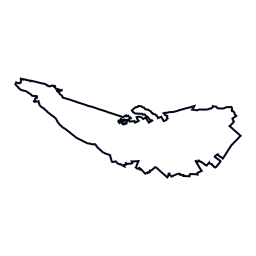 Cotnari, Iasi, Romania (Natural Earth projection)
{"feature_id": "2599482B18683824737313", "entity_name": "Cotnari", "entity_type": "district", "adm_level": 2, "iso_a3": "ROU", "parent_name": "Romania", "parent_adm1": "Iasi", "projection": "natural_earth1", "projection_center": [26.928, 47.355], "detail": "fine", "context": "isolated", "style": "outline", "palette": "ink", "viewbox_px": 256, "rotation_deg": 0, "n_neighbors": 0, "source": "geoboundaries", "source_scale": "gbopen_adm2", "svg_char_len": 5849}
<svg xmlns="http://www.w3.org/2000/svg" viewBox="0 0 256 256"><path d="M61.7,90.4L61.7,90.1L60.9,90.4L60.6,90.4L59.2,89.5L57.4,89.1L56.6,89.6L55.3,87.7L54.4,87.0L55.1,86.4L55.1,86.1L54.5,85.9L53.0,85.7L52.5,85.5L52.1,85.7L51.9,85.6L51.4,85.9L50.9,85.8L50.6,86.1L50.4,86.1L49.7,86.4L48.7,86.2L48.4,86.0L48.0,86.0L47.9,85.6L47.2,85.1L46.5,85.2L45.8,84.4L45.0,83.9L42.4,83.5L35.7,81.8L30.7,80.7L30.3,81.1L30.1,80.7L29.7,80.6L26.6,80.0L25.8,79.5L25.4,79.7L24.3,79.4L23.6,79.6L23.3,79.2L21.5,78.9L20.8,78.6L20.7,78.9L21.2,79.7L21.3,80.4L21.0,80.9L20.7,81.7L20.7,82.1L20.8,82.6L20.6,82.8L19.6,83.2L19.0,83.3L16.2,82.4L15.4,84.3L16.2,85.3L16.8,85.9L18.4,87.5L18.8,88.1L20.4,89.6L21.1,89.9L21.5,89.9L22.4,90.4L25.5,91.0L28.2,92.6L28.6,93.1L29.8,93.5L31.0,94.6L31.2,94.9L32.2,95.8L35.5,96.1L36.0,96.0L36.8,96.2L37.0,97.6L36.8,98.0L36.1,97.8L35.4,98.3L35.1,98.8L35.2,99.3L35.0,99.6L35.1,100.3L34.2,100.9L34.5,101.3L34.1,101.6L34.4,101.9L36.4,101.5L37.2,101.6L38.5,101.1L38.9,103.1L39.3,103.8L39.3,104.6L39.8,105.4L40.9,106.5L42.6,107.8L43.6,108.1L44.5,109.3L46.7,111.0L47.2,111.7L48.0,112.5L48.4,112.7L52.2,115.8L52.9,116.0L55.8,118.5L57.0,120.5L57.4,121.7L60.2,125.2L61.2,125.8L62.5,127.3L65.1,128.8L75.9,137.3L76.6,137.9L87.4,143.3L90.1,143.7L92.7,144.4L93.3,144.4L94.1,144.1L94.8,144.1L95.6,145.0L96.4,145.5L96.6,145.8L96.5,146.2L98.0,148.0L98.9,148.5L100.1,149.9L101.3,150.6L101.7,151.3L102.7,152.2L103.8,152.6L105.0,153.4L108.1,154.4L109.7,155.1L110.1,155.2L110.0,155.7L110.5,156.7L110.4,157.0L111.3,159.7L111.3,160.2L111.9,161.6L112.1,161.9L112.6,162.0L115.8,161.4L117.4,163.3L117.8,163.3L119.8,164.4L120.8,164.2L121.2,164.7L124.5,166.5L124.2,165.0L126.0,164.6L125.7,163.1L125.9,163.0L126.2,164.2L127.6,163.8L128.6,163.8L130.0,163.6L130.6,163.8L131.1,163.5L131.9,163.4L132.4,163.0L131.7,161.4L133.8,161.4L138.5,161.1L136.8,165.0L136.4,166.3L136.4,166.7L136.2,167.1L135.8,167.4L136.9,168.5L137.7,168.8L138.0,168.7L139.5,167.9L139.7,168.2L139.5,168.9L139.8,169.5L140.5,169.7L141.1,169.3L145.2,173.7L147.3,172.5L147.6,173.0L148.0,172.7L148.1,172.8L149.4,172.3L149.2,172.0L149.8,170.8L150.1,171.1L151.7,170.1L155.3,167.1L157.0,168.2L161.3,172.1L164.0,174.5L164.8,175.0L167.2,177.4L167.9,176.6L168.1,176.1L168.6,173.6L169.4,173.6L169.1,174.8L170.2,175.1L171.5,176.6L174.8,175.0L176.9,174.2L178.9,173.7L179.7,173.8L180.1,174.0L180.1,174.8L183.4,175.0L183.3,176.0L187.2,176.2L189.5,176.3L189.7,174.4L190.2,174.1L194.7,174.1L197.6,174.6L197.5,172.8L201.7,170.9L199.7,167.9L195.7,161.1L196.1,160.9L196.8,161.6L197.7,161.8L198.5,161.4L198.4,160.6L199.1,160.6L200.5,161.8L200.9,162.0L201.2,161.9L202.4,162.5L203.1,163.4L204.2,163.9L204.9,164.7L206.6,165.5L208.9,162.9L208.9,163.1L209.2,163.3L209.8,163.3L210.4,163.6L210.7,163.9L211.8,164.1L212.1,165.1L213.3,165.7L213.9,166.8L214.4,167.0L215.0,167.4L215.4,167.5L215.8,167.1L216.2,166.9L217.9,164.7L218.3,164.5L220.5,161.4L220.5,161.2L220.1,160.8L214.8,156.9L214.8,156.6L215.0,156.2L215.8,155.5L216.2,155.4L216.9,154.8L217.0,154.6L217.8,154.3L218.1,155.1L218.9,155.5L219.4,156.2L220.2,156.8L220.8,156.9L222.0,157.8L222.4,158.3L222.7,158.6L224.4,156.2L231.2,145.5L240.6,135.8L229.6,126.1L230.5,125.5L230.8,125.0L232.8,123.0L233.3,122.2L233.9,121.7L232.8,119.6L232.4,118.6L236.3,115.9L235.6,115.2L235.3,115.1L235.0,114.5L234.7,114.3L234.6,113.9L234.5,113.2L234.1,112.2L233.6,111.7L232.8,111.3L232.5,110.5L232.3,110.3L231.8,110.6L231.7,109.7L232.0,108.8L232.0,108.0L231.5,107.1L231.1,106.9L230.7,106.9L229.9,107.2L226.6,107.1L223.5,108.5L218.6,108.4L217.4,108.2L217.0,107.5L215.9,106.5L215.0,106.7L212.9,106.1L212.9,107.0L212.7,107.3L211.6,108.0L211.3,108.4L210.6,108.6L210.0,108.5L209.9,108.7L207.2,109.5L203.8,109.6L199.0,109.5L197.3,110.3L192.1,109.6L192.6,108.8L193.9,107.1L194.4,106.0L189.4,107.5L186.4,108.2L180.0,110.0L179.6,110.0L178.0,110.7L173.3,112.0L169.5,112.1L166.7,112.8L165.1,112.8L163.8,113.2L164.5,113.7L164.7,114.7L166.0,115.5L167.2,115.8L167.3,117.0L167.2,117.4L167.1,117.6L167.5,118.2L167.6,118.5L166.5,119.2L166.3,120.1L163.7,121.1L161.2,116.8L158.0,118.1L157.9,117.3L157.5,116.7L156.8,116.2L156.6,115.4L155.0,114.4L153.0,113.9L152.2,113.2L152.4,113.1L151.6,112.5L150.7,111.3L150.4,111.3L148.2,109.7L147.6,109.5L146.4,109.6L145.5,109.2L144.9,108.8L144.2,107.7L142.1,107.1L141.7,106.5L140.5,106.1L138.3,106.0L138.0,106.7L136.8,107.2L136.6,107.1L135.7,107.1L134.2,108.4L133.5,108.9L132.0,110.2L131.9,110.5L132.8,111.8L135.1,113.5L142.0,113.8L142.3,113.9L143.0,114.7L144.6,114.4L146.0,115.9L146.6,116.8L147.1,116.5L147.8,117.1L150.8,120.9L151.8,120.2L152.2,120.6L148.9,122.6L146.3,118.7L145.4,117.7L143.1,119.0L142.3,118.0L140.8,117.0L140.0,116.8L139.7,116.9L139.1,116.7L138.0,116.7L136.8,117.1L137.0,117.3L137.6,117.2L137.0,117.8L137.0,118.3L137.4,119.1L137.6,119.7L138.7,120.8L135.2,122.7L134.8,122.1L134.5,121.1L133.3,121.5L132.3,121.2L129.6,121.6L128.7,120.2L128.3,120.3L127.4,120.6L127.0,121.1L126.7,122.1L126.6,122.9L126.3,122.9L126.3,123.4L125.1,123.2L124.7,123.3L124.8,124.2L123.3,124.4L123.1,124.2L122.5,124.0L121.9,123.2L122.4,122.8L122.1,122.6L121.7,122.7L121.2,122.5L120.9,122.2L120.5,122.1L119.9,122.4L119.4,123.0L118.4,121.6L118.4,121.2L118.7,121.0L118.9,121.0L118.8,120.6L120.7,120.4L120.5,119.3L120.8,118.9L121.1,118.9L121.4,119.6L121.8,119.6L122.4,120.6L123.5,121.0L123.6,120.7L122.7,120.5L123.0,120.0L123.7,120.1L124.0,119.5L125.2,119.7L125.2,120.1L125.6,120.2L125.6,120.4L128.9,119.3L129.8,118.6L130.7,118.4L130.6,118.2L130.8,118.0L130.7,117.9L130.2,117.4L129.5,117.1L128.5,116.3L128.1,115.6L126.5,116.3L126.0,115.4L125.0,115.8L124.5,116.4L123.1,117.1L107.7,112.1L105.4,111.2L98.3,109.0L93.4,107.2L88.0,105.8L83.3,104.1L77.7,102.4L76.1,101.8L76.0,101.6L75.6,101.6L72.6,100.6L70.4,99.8L62.8,97.6L62.5,97.3L62.5,96.7L62.2,96.1L61.3,95.1L59.7,94.0L59.4,93.0L58.8,92.3L57.2,91.2L57.6,90.4L58.0,90.6L59.2,90.4L60.5,90.9L61.7,90.4Z" fill="none" stroke="#020617" stroke-width="2"/></svg>